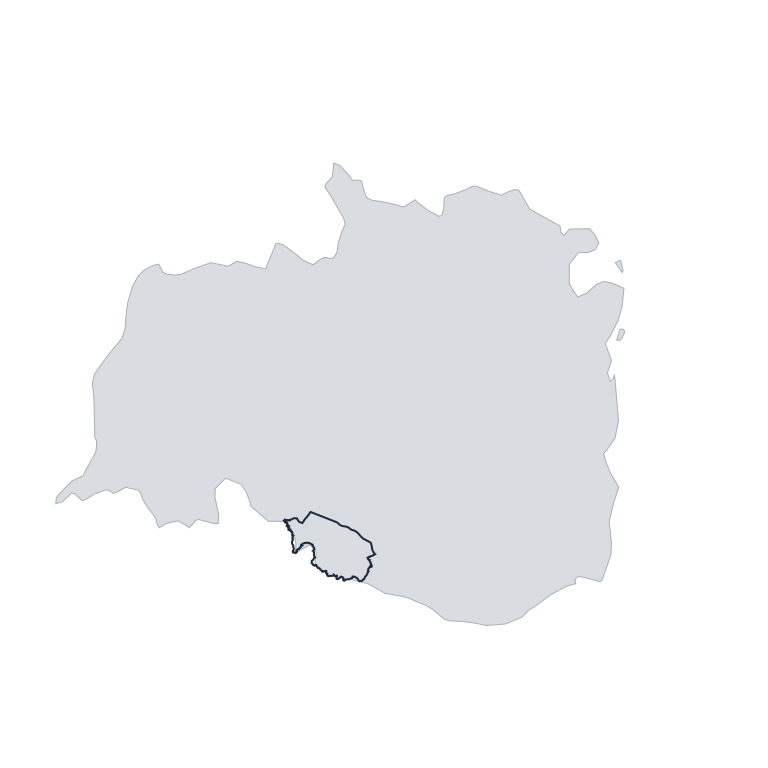 Choam Ksant, Preah Vihéar, Cambodia shown in context, rotated 201°
{"feature_id": "14789045B63447960105110", "entity_name": "Choam Ksant", "entity_type": "district", "adm_level": 2, "iso_a3": "KHM", "parent_name": "Cambodia", "parent_adm1": "Preah Vihéar", "projection": "albers", "projection_center": [104.9, 14.186], "detail": "fine", "context": "in_parent", "style": "outline", "palette": "slate", "viewbox_px": 768, "rotation_deg": 201, "n_neighbors": 0, "source": "geoboundaries", "source_scale": "gbopen_adm2", "svg_char_len": 8426}
<svg xmlns="http://www.w3.org/2000/svg" viewBox="0 0 768 768"><g transform="rotate(201 384 384)"><path d="M647.5,154.6L649.2,160.5L645.0,171.6L640.5,181.7L631.9,190.6L631.5,197.1L628.7,216.5L630.0,222.6L632.0,227.8L634.9,230.6L642.6,249.5L649.7,266.6L656.6,280.6L657.9,289.6L651.9,312.3L644.9,333.1L645.7,343.5L648.9,353.8L652.4,367.6L653.8,385.3L652.1,396.8L648.9,404.0L642.7,411.4L637.3,415.2L630.6,409.1L625.3,408.8L618.3,410.8L612.8,413.7L601.6,424.6L589.2,435.2L571.9,438.0L565.3,445.8L558.0,447.0L544.3,447.5L535.4,449.3L535.8,453.2L535.2,471.7L535.4,476.0L534.1,477.2L527.9,477.8L517.3,475.0L503.1,470.5L493.0,469.8L487.8,477.9L484.7,481.1L480.9,481.6L476.9,483.0L475.5,486.6L475.2,491.1L477.2,498.8L478.0,511.0L477.5,519.3L481.2,524.5L503.1,542.1L509.5,546.5L510.3,549.1L506.5,558.8L510.0,572.3L503.2,572.1L491.7,566.3L486.3,562.8L479.7,565.7L477.4,565.1L472.9,558.5L467.0,551.7L461.0,551.3L448.3,554.0L435.4,555.9L430.5,555.9L428.4,557.1L420.9,567.2L417.7,565.5L404.6,561.7L392.7,560.2L390.3,562.8L391.7,571.1L394.4,579.1L392.8,582.5L386.3,586.8L377.6,594.4L372.3,600.3L368.6,601.8L355.4,601.5L342.2,602.3L336.9,607.9L332.0,612.2L327.7,613.4L310.5,599.5L276.4,594.6L272.7,588.5L269.4,587.3L266.2,595.2L247.5,602.7L239.6,598.1L233.9,592.5L234.8,585.6L240.2,580.1L249.6,576.2L254.0,562.2L247.0,544.2L240.8,539.0L234.3,534.8L227.3,541.4L221.5,552.8L215.4,558.6L206.8,559.9L194.3,559.3L189.6,542.2L188.1,527.6L189.9,510.9L191.9,501.1L180.0,487.4L179.4,474.4L173.7,467.6L172.0,471.0L172.1,474.7L170.5,472.0L151.9,433.7L148.9,416.1L152.2,402.5L154.2,397.9L148.8,390.7L141.2,382.5L127.8,371.7L127.0,354.8L124.2,334.9L120.2,328.2L114.2,315.8L110.9,305.6L110.1,278.8L111.8,276.7L121.4,276.0L133.7,274.2L135.7,269.9L133.5,266.3L141.4,260.3L152.8,247.1L161.6,233.2L167.9,224.5L171.7,215.8L184.4,203.6L201.9,195.2L213.6,193.3L225.9,190.4L237.7,186.4L243.3,186.0L257.9,191.1L265.8,192.4L274.1,192.4L282.7,192.9L290.1,192.4L308.1,189.0L327.0,191.8L344.0,189.7L365.0,185.7L375.3,188.2L384.6,192.2L386.0,200.4L388.1,204.1L391.3,207.0L395.4,207.0L400.8,201.3L405.2,195.4L406.7,194.3L406.9,197.2L409.2,203.6L413.2,209.9L417.2,214.0L424.0,219.5L428.4,219.8L442.7,214.5L464.3,222.1L466.8,225.9L473.8,233.6L481.4,239.1L498.1,239.4L504.1,225.7L501.1,217.4L491.5,203.0L488.8,194.4L491.9,192.9L508.1,191.2L510.7,189.5L514.2,180.1L518.6,181.2L527.6,182.3L537.1,175.8L542.6,169.1L545.7,172.1L549.1,176.8L552.8,179.5L559.7,183.5L567.2,189.2L571.9,194.8L575.7,196.9L585.3,195.3L587.9,195.5L593.4,188.6L597.3,184.9L600.6,185.9L605.5,185.8L615.4,177.0L621.1,169.1L624.2,166.9L633.3,170.7L636.8,169.9L641.9,158.9L647.5,154.6ZM183.3,519.7L181.5,520.7L179.7,520.7L177.9,519.1L178.2,513.0L179.5,509.2L182.6,508.5L183.3,519.7ZM211.5,580.2L207.6,584.3L201.6,575.8L201.6,573.4L211.5,580.2Z" fill="#d9dde1" stroke="#a8b0b8" stroke-width="1"/><path d="M428.5,220.5L428.3,220.4L428.2,220.6L427.5,219.9L427.3,220.1L427.0,220.0L426.7,220.3L426.3,220.1L426.2,220.1L426.3,220.3L426.1,220.3L426.0,220.0L426.0,219.7L425.7,219.9L425.8,220.2L425.6,220.2L425.2,220.1L425.3,219.9L425.1,219.8L424.7,219.4L424.8,219.2L424.7,219.1L424.7,218.8L424.4,218.7L424.2,218.6L424.2,218.4L424.0,218.2L423.7,218.1L423.8,217.7L423.6,217.8L423.3,217.8L423.2,217.5L422.9,217.4L423.0,217.2L422.9,217.0L422.8,216.9L422.4,216.6L422.6,216.4L422.2,216.4L422.1,216.2L421.9,216.4L421.9,216.2L421.6,216.0L421.7,215.9L421.3,215.7L421.7,215.3L421.6,215.2L421.2,214.9L420.9,214.8L421.0,214.6L421.3,214.5L421.3,214.3L420.9,214.1L420.9,213.9L420.5,214.0L420.4,213.8L420.1,213.7L420.0,213.8L420.1,214.0L419.9,214.0L419.7,214.1L419.7,213.9L419.4,213.9L419.5,213.7L419.2,213.7L418.8,213.7L418.6,213.7L418.6,213.2L418.3,212.9L418.2,212.9L417.6,213.1L417.3,213.0L416.9,213.0L416.8,212.8L416.3,212.5L416.2,212.3L416.3,212.0L416.2,211.6L415.8,210.6L415.2,210.4L415.4,210.3L415.4,209.7L414.9,209.2L414.5,209.1L414.3,208.8L414.4,207.9L414.2,207.6L414.3,207.1L414.1,206.9L413.5,206.6L413.5,205.9L413.2,205.6L413.4,204.3L413.3,203.5L412.6,202.1L412.2,201.6L411.2,201.1L410.9,200.9L410.7,200.0L410.2,199.4L410.2,199.1L409.3,198.3L409.1,197.9L409.0,197.4L409.1,197.1L409.0,196.4L409.1,196.2L409.2,195.7L409.0,195.4L409.1,194.7L408.4,194.1L407.7,194.3L407.0,194.8L406.5,194.8L406.0,194.4L405.8,194.5L405.5,195.2L405.2,195.5L405.2,195.8L405.1,196.4L406.0,197.0L406.0,197.7L405.8,198.1L405.4,198.3L405.2,198.8L404.6,199.0L404.4,199.2L404.3,200.4L403.7,200.6L403.4,200.9L403.3,201.7L403.6,202.6L402.8,203.3L402.6,203.6L403.4,203.6L403.7,203.8L403.7,204.1L403.6,204.4L403.0,205.1L402.9,205.4L402.5,205.9L401.7,206.5L401.0,207.2L399.7,207.7L399.1,208.4L398.4,208.5L398.0,208.4L397.4,208.3L396.7,208.8L396.3,208.9L395.7,208.5L394.0,208.5L393.0,208.4L392.6,207.6L392.6,207.0L392.2,207.0L391.6,206.7L391.1,206.3L391.0,206.1L391.0,205.9L390.5,205.9L390.1,205.5L389.9,204.7L390.1,204.2L390.2,203.8L390.5,203.0L389.9,203.1L389.4,202.2L389.4,201.8L389.1,201.6L388.3,200.3L388.2,199.3L388.1,199.0L387.8,198.7L386.9,198.1L386.2,197.3L386.3,197.1L386.8,197.0L386.9,196.9L387.1,196.4L387.0,195.7L387.1,195.3L387.0,194.7L387.6,193.9L388.1,192.7L387.9,192.3L387.3,191.4L387.2,191.2L387.2,190.8L386.7,190.9L386.1,190.2L385.5,190.0L385.1,189.5L384.9,189.4L384.6,189.5L384.2,189.8L383.6,189.5L383.4,189.6L383.2,190.5L382.8,190.6L382.2,190.5L381.8,190.2L381.2,189.4L380.8,189.3L380.0,188.7L379.7,188.5L379.4,188.7L379.1,188.8L378.0,188.7L377.5,188.3L377.3,188.0L376.9,188.0L376.1,187.6L375.2,187.3L374.8,186.8L374.5,186.7L374.2,186.9L373.5,187.7L373.4,187.7L373.2,187.3L372.8,187.7L372.6,187.9L371.4,188.3L371.3,188.7L371.0,188.9L370.7,188.7L370.8,187.8L370.6,187.6L370.6,186.9L370.0,186.6L369.1,186.7L369.1,186.3L368.9,185.5L368.0,184.7L367.8,184.7L366.3,184.9L364.8,186.0L363.7,186.1L362.7,187.1L362.8,187.4L362.5,187.7L362.5,188.1L362.2,188.0L361.9,187.7L361.6,187.6L361.1,187.2L360.8,187.1L360.1,187.2L359.4,188.2L359.3,188.3L359.0,188.1L358.9,187.8L359.3,186.5L359.2,186.2L358.4,185.6L358.3,185.4L358.2,185.0L357.7,185.0L357.3,185.2L356.7,185.7L356.4,186.3L355.8,187.0L355.7,187.7L355.5,188.1L355.3,188.6L354.8,188.9L352.6,188.6L352.0,187.7L352.3,187.4L351.9,186.4L351.6,186.1L350.7,186.1L349.2,187.8L347.9,188.8L346.7,189.0L346.0,189.7L345.4,190.6L344.4,191.2L344.2,191.4L344.4,193.0L344.1,193.1L343.4,192.8L343.0,193.1L342.9,193.5L342.5,193.5L341.4,193.4L340.8,193.2L340.0,193.4L339.8,193.3L339.3,192.9L338.7,192.8L337.7,191.7L336.1,191.1L335.8,191.4L334.6,191.9L334.1,192.3L333.7,192.9L333.7,193.0L333.9,193.4L333.9,193.7L333.2,194.3L332.8,194.4L332.5,196.3L332.6,196.5L332.6,197.1L332.5,197.6L332.3,197.8L332.1,198.5L331.8,199.0L331.7,200.0L331.5,200.9L331.8,201.4L331.5,202.3L331.7,202.7L331.8,203.0L331.7,203.3L331.4,203.5L331.6,203.7L332.0,203.9L332.0,204.1L332.2,204.6L332.2,204.9L332.2,205.2L332.1,205.5L332.4,206.1L332.3,206.3L332.2,206.4L332.0,206.6L331.9,207.4L331.6,207.7L331.8,208.0L331.8,208.5L331.5,208.7L331.3,208.7L331.3,208.8L330.9,208.8L330.7,208.6L330.3,208.7L330.1,208.9L330.2,209.4L330.5,209.7L330.4,209.8L330.6,210.0L331.0,209.9L331.2,210.1L331.0,210.4L331.3,210.5L331.2,210.8L331.7,211.1L331.7,211.4L332.0,211.6L332.2,212.2L332.7,212.3L333.0,212.6L333.2,212.9L333.2,213.3L333.7,213.5L333.8,213.6L334.0,213.7L334.2,213.8L334.3,213.7L334.2,213.9L334.4,214.1L334.5,214.0L334.8,214.1L335.0,214.2L334.8,214.5L335.2,214.5L335.5,214.5L335.9,214.7L335.9,214.8L336.1,214.9L336.1,215.0L336.4,215.1L336.7,215.4L336.6,215.5L336.9,215.7L337.0,215.8L336.9,215.9L336.7,216.5L336.2,216.5L336.1,216.8L336.1,217.2L335.7,217.3L335.4,217.7L335.2,217.7L335.1,218.1L334.7,218.5L334.0,218.8L333.4,219.8L332.9,219.9L332.3,220.7L332.1,220.9L332.1,221.0L331.7,221.2L331.6,221.8L331.4,222.0L332.0,222.2L333.0,222.8L334.8,224.3L335.6,225.2L337.8,229.0L339.1,230.5L339.6,231.1L342.1,231.5L347.5,232.1L349.2,232.7L351.3,233.5L354.5,235.3L355.4,235.7L356.2,235.9L358.1,236.4L358.6,236.5L361.6,236.3L362.2,236.3L365.6,237.2L367.0,237.4L367.9,237.4L369.5,237.0L371.9,236.5L374.2,236.6L375.5,236.9L377.3,237.7L378.6,238.0L406.7,238.2L408.3,232.2L408.9,230.9L409.6,228.8L409.8,227.2L410.0,226.5L410.4,224.9L413.4,224.9L414.1,225.0L414.4,225.2L414.8,225.6L416.1,226.4L417.1,227.4L417.9,227.0L419.5,226.7L420.0,226.5L421.4,224.8L422.4,223.9L422.5,223.6L422.9,223.6L423.1,222.8L423.7,222.6L423.8,222.7L424.2,222.4L424.8,222.7L425.2,222.5L425.5,222.5L425.8,222.3L426.2,221.9L426.7,221.6L427.3,221.6L427.7,221.8L427.9,221.6L428.1,221.7L428.3,221.1L428.4,220.9L428.4,220.7L428.5,220.5Z" fill="none" stroke="#1e293b" stroke-width="2"/></g></svg>